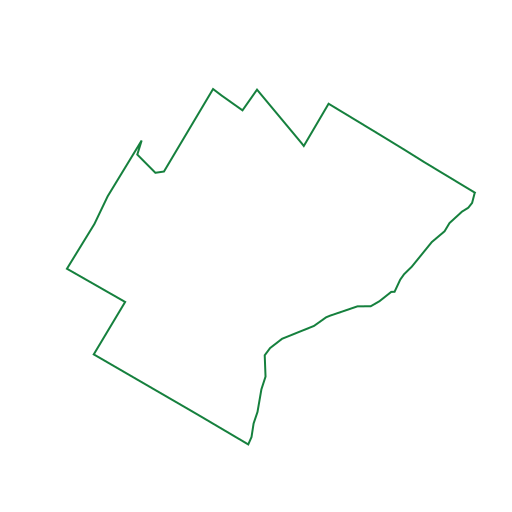 Monroe, New York, United States of America (Mercator projection), rotated 121°
{"feature_id": "52423323B52767364873789", "entity_name": "Monroe", "entity_type": "district", "adm_level": 2, "iso_a3": "USA", "parent_name": "United States of America", "parent_adm1": "New York", "projection": "mercator", "projection_center": [-77.731, 43.155], "detail": "fine", "context": "isolated", "style": "outline", "palette": "green", "viewbox_px": 512, "rotation_deg": 121, "n_neighbors": 0, "source": "geoboundaries", "source_scale": "gbopen_adm2", "svg_char_len": 780}
<svg xmlns="http://www.w3.org/2000/svg" viewBox="0 0 512 512"><g transform="rotate(121 256 256)"><path d="M88.1,272.2L137.1,271.7L135.9,274.8L112.9,340.8L138.1,342.6L136.2,367.8L135.0,378.8L231.0,378.4L236.5,385.1L230.2,410.0L215.9,413.5L281.2,413.9L311.8,411.0L364.3,411.5L362.8,344.5L423.9,344.4L422.0,225.5L421.5,165.6L413.5,166.6L400.8,171.8L388.9,174.4L367.5,182.7L354.5,185.7L336.6,197.4L327.6,196.5L313.5,191.0L300.1,180.9L289.4,172.8L286.1,170.3L272.4,164.3L268.9,161.7L246.9,143.1L240.0,131.8L231.2,126.9L217.1,121.6L215.3,118.8L201.9,120.2L195.4,119.7L189.2,118.1L185.1,117.0L153.5,112.5L137.7,107.1L128.1,107.1L111.9,102.3L105.3,98.9L99.2,98.1L89.4,101.0L89.0,101.0L88.9,160.2L88.5,182.5L88.3,208.5L88.1,272.2Z" fill="none" stroke="#15803d" stroke-width="2"/></g></svg>